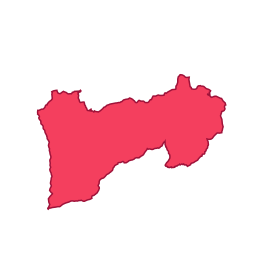 the district of Sativanorte, Boyacá, Colombia, rotated 163°
{"feature_id": "7082276B25925183447781", "entity_name": "Sativanorte", "entity_type": "district", "adm_level": 2, "iso_a3": "COL", "parent_name": "Colombia", "parent_adm1": "Boyacá", "projection": "mercator", "projection_center": [-72.738, 6.126], "detail": "fine", "context": "isolated", "style": "filled", "palette": "rose", "viewbox_px": 256, "rotation_deg": 163, "n_neighbors": 0, "source": "geoboundaries", "source_scale": "gbopen_adm2", "svg_char_len": 5779}
<svg xmlns="http://www.w3.org/2000/svg" viewBox="0 0 256 256"><g transform="rotate(163 128 128)"><path d="M228.0,73.7L227.0,74.3L226.3,74.4L225.5,74.1L223.8,74.1L220.2,73.5L218.1,73.3L216.6,72.8L215.9,72.8L212.7,74.1L209.6,74.5L205.9,74.5L204.4,74.8L203.7,74.8L202.3,74.5L200.9,73.7L198.8,73.4L198.0,73.0L197.0,72.9L196.3,73.1L195.1,72.6L193.9,72.6L192.2,71.1L191.2,70.7L187.6,71.1L185.4,70.9L183.1,71.3L183.0,72.3L182.4,73.4L181.5,73.7L180.8,73.5L180.0,73.6L179.1,74.1L178.4,74.1L177.8,74.6L176.2,75.1L175.8,75.8L174.5,76.8L173.1,78.7L172.9,79.5L173.0,80.1L173.4,81.4L173.3,81.9L171.9,83.3L171.1,85.4L170.1,86.6L167.7,87.5L167.2,87.3L165.9,87.4L164.1,88.3L162.0,89.7L159.6,90.1L158.6,90.7L157.3,91.0L156.7,91.5L155.4,91.9L154.8,92.6L154.0,94.0L153.7,94.3L152.7,94.8L151.7,95.9L149.6,96.4L148.3,96.5L147.8,97.5L147.5,97.6L146.7,97.6L145.3,97.2L142.6,97.5L142.4,97.3L141.8,96.4L141.8,95.8L139.9,95.3L137.7,95.9L136.8,96.4L134.4,96.4L133.5,96.2L131.5,96.4L130.9,96.6L130.3,97.0L129.8,97.1L128.3,97.1L127.5,96.6L127.0,96.7L126.5,96.3L125.9,96.3L124.9,96.9L124.3,96.9L123.7,97.3L122.7,97.4L121.1,97.9L119.2,99.7L116.4,101.7L115.6,102.6L115.3,102.1L114.8,101.8L114.0,101.8L113.2,101.5L111.3,100.4L110.2,100.3L108.5,100.6L106.3,100.2L105.3,100.3L104.9,99.9L104.4,99.7L103.5,99.9L101.9,100.8L101.0,100.8L100.6,101.0L100.2,101.4L99.8,102.3L99.4,102.4L98.2,103.7L97.6,104.0L96.8,104.0L96.6,104.2L97.4,101.1L97.2,100.5L97.4,98.8L96.9,98.4L96.9,95.6L96.2,94.1L96.2,93.3L96.6,92.0L96.0,90.5L96.1,89.0L96.6,87.4L97.1,86.6L99.5,84.4L101.2,83.5L103.3,81.6L103.1,80.5L102.5,80.3L102.1,79.9L101.5,79.7L101.4,79.4L101.7,79.3L101.7,79.1L101.3,78.7L99.8,78.0L98.1,78.2L98.0,77.4L97.7,77.2L96.7,77.3L96.3,77.0L94.8,76.8L94.6,76.9L94.6,77.5L93.1,77.4L92.8,77.6L92.2,77.3L90.9,77.9L89.9,77.8L89.4,78.2L89.3,77.8L88.7,77.4L87.5,77.9L86.5,77.4L85.4,77.4L85.3,77.2L85.5,76.9L85.0,76.9L84.4,75.9L83.5,75.9L83.2,75.8L82.7,74.9L82.6,74.5L82.3,74.4L82.3,74.0L79.7,74.4L78.8,74.7L78.3,75.5L77.6,75.8L76.2,75.7L75.1,75.8L74.1,76.2L70.8,76.9L69.5,78.0L66.9,79.5L66.5,79.7L65.9,79.4L65.5,79.5L64.6,81.1L63.9,81.1L62.7,80.8L62.3,81.0L61.8,81.7L61.5,82.8L61.0,82.9L60.1,83.4L59.4,84.7L57.8,85.7L56.9,87.7L56.3,88.0L56.0,88.5L55.4,91.5L55.6,92.7L55.6,94.4L54.3,93.6L52.8,93.2L51.9,93.1L50.4,93.5L47.9,95.3L44.4,97.1L43.6,97.0L42.1,96.4L39.7,96.1L39.3,97.2L38.4,98.4L37.6,100.0L36.7,101.3L36.6,104.4L35.7,108.8L36.0,112.2L35.9,112.8L35.2,113.7L34.8,114.5L34.1,115.2L33.6,116.4L31.7,116.4L30.8,116.7L30.3,117.3L29.7,117.8L29.6,118.0L29.7,118.7L29.6,119.9L29.1,120.9L28.6,121.4L27.8,121.5L27.9,121.8L27.7,123.4L29.2,126.1L29.9,128.9L30.9,129.4L34.4,132.6L35.3,132.9L35.9,132.8L36.2,133.1L38.8,132.8L38.9,133.0L39.7,133.4L39.9,134.2L40.9,135.6L41.9,136.4L42.0,137.0L41.6,137.2L40.8,136.5L40.4,135.9L40.0,135.9L39.8,136.9L39.8,138.4L38.8,138.6L38.1,139.5L39.5,141.3L41.7,142.8L43.4,145.6L44.7,146.3L45.7,146.6L46.5,147.4L47.1,147.4L48.1,147.7L48.7,147.6L49.6,147.1L50.6,145.9L51.1,145.6L52.2,145.4L53.8,145.8L55.7,146.8L55.8,147.2L55.7,148.0L55.8,148.5L56.5,149.3L55.6,156.6L54.6,158.7L56.9,159.1L58.2,159.7L59.3,161.7L60.9,163.1L61.5,163.2L62.1,163.6L62.9,163.6L63.5,162.9L64.2,162.7L65.0,162.2L66.1,160.2L67.1,157.1L68.7,154.9L69.9,154.0L70.8,151.3L71.2,151.1L74.6,151.8L79.7,150.7L81.2,150.0L82.1,150.7L82.4,150.7L82.9,150.4L83.9,148.9L84.2,148.8L84.7,149.1L85.7,149.1L88.2,149.9L89.2,150.6L90.2,150.7L92.2,150.4L94.6,151.2L95.6,150.3L97.2,148.4L97.6,148.3L98.2,148.6L98.5,148.5L100.7,146.8L101.4,146.6L102.3,146.7L104.0,147.3L104.4,147.7L105.0,148.8L105.4,149.2L106.6,149.5L108.2,150.1L108.8,150.9L109.5,151.2L110.4,150.8L111.8,149.8L112.8,149.8L113.5,150.6L114.0,152.1L114.6,152.8L115.1,153.9L116.2,155.1L117.6,156.2L119.4,155.7L121.9,156.1L124.1,156.1L126.3,155.0L127.2,155.1L128.4,154.7L129.4,155.1L131.3,155.2L132.4,155.5L138.2,156.1L139.5,155.9L141.5,155.9L143.6,154.9L145.3,154.8L146.2,154.0L149.4,152.6L151.6,152.0L154.3,153.3L155.0,154.1L155.8,153.3L156.0,153.3L156.8,154.5L157.5,154.9L158.0,154.9L157.9,156.8L159.2,156.4L159.3,156.0L159.1,155.5L161.5,156.6L161.8,157.1L161.8,159.1L162.3,160.1L162.2,161.4L162.6,162.9L162.4,165.0L162.5,165.7L163.6,166.0L166.1,166.3L166.4,166.9L166.6,167.4L166.5,169.0L166.8,170.8L166.6,171.8L165.7,173.5L165.6,174.2L165.9,175.0L165.4,175.6L165.5,176.1L165.4,176.6L164.5,176.4L164.0,176.6L163.1,176.5L162.6,176.7L162.2,177.3L162.5,178.0L163.1,177.6L163.7,177.5L168.6,178.7L169.5,178.2L170.8,178.4L171.8,177.4L172.1,177.3L173.3,177.7L174.7,177.9L175.6,178.4L176.7,180.0L178.7,181.5L179.0,181.9L180.2,181.6L182.7,180.7L183.7,181.0L184.8,182.1L185.0,183.6L185.0,184.9L185.9,184.9L186.5,185.2L187.2,185.1L187.7,185.3L189.2,185.2L189.7,185.0L190.3,185.0L190.4,184.9L190.0,184.1L190.5,183.4L191.1,182.1L191.2,180.6L191.5,180.1L191.6,178.8L192.0,177.9L192.4,177.8L193.1,177.1L195.5,176.3L196.5,175.7L198.0,174.7L198.6,173.8L199.3,174.0L200.0,173.8L200.4,173.5L201.4,172.1L203.0,171.1L203.9,170.9L205.1,171.3L208.0,170.9L209.1,171.3L209.9,169.5L210.0,168.5L210.4,167.7L209.5,166.2L209.4,165.0L209.5,164.5L210.3,163.9L210.4,163.0L210.1,161.8L209.5,160.8L209.4,160.0L210.0,157.5L209.0,155.8L208.7,154.7L208.7,154.0L209.1,153.0L209.2,152.4L209.1,151.7L208.3,150.2L208.6,147.9L208.0,144.7L208.1,143.8L208.0,143.1L208.4,141.3L207.8,139.5L207.4,137.5L208.9,135.1L209.2,134.4L209.3,132.7L209.1,131.2L209.8,129.5L209.8,127.8L210.1,125.9L210.1,123.3L210.3,122.5L210.9,121.5L212.1,120.2L212.4,119.0L212.6,117.2L213.5,115.1L213.4,113.1L214.5,111.8L215.0,110.9L215.0,109.1L214.7,107.5L214.9,106.1L214.8,104.2L215.1,103.6L216.0,102.6L216.5,101.3L218.1,98.4L218.4,97.4L218.2,95.8L218.3,94.9L220.4,92.6L221.2,91.2L220.3,88.7L219.5,87.6L219.5,87.2L222.9,85.1L224.8,83.6L225.4,80.3L225.2,77.7L227.3,75.3L228.1,74.8L228.3,74.3L228.0,73.7Z" fill="#f43f5e" stroke="#9f1239" stroke-width="1.5"/></g></svg>